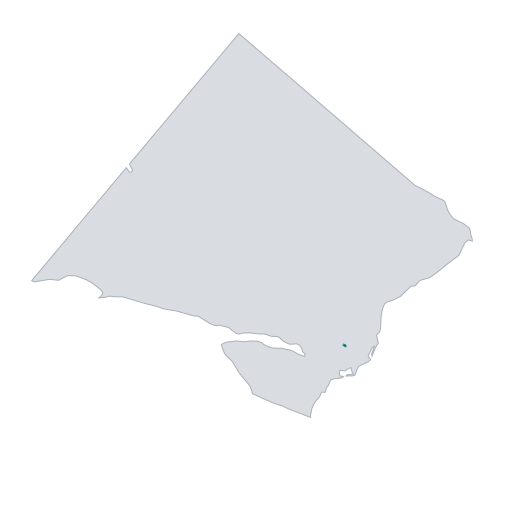 Mit Ghamr, Ad Daqahliyah, Egypt (highlighted), rotated 130°
{"feature_id": "37247803B10909701940084", "entity_name": "Mit Ghamr", "entity_type": "district", "adm_level": 2, "iso_a3": "EGY", "parent_name": "Egypt", "parent_adm1": "Ad Daqahliyah", "projection": "natural_earth1", "projection_center": [31.269, 30.712], "detail": "fine", "context": "in_parent", "style": "filled", "palette": "teal", "viewbox_px": 512, "rotation_deg": 130, "n_neighbors": 0, "source": "geoboundaries", "source_scale": "gbopen_adm2", "svg_char_len": 3544}
<svg xmlns="http://www.w3.org/2000/svg" viewBox="0 0 512 512"><g transform="rotate(130 256 256)"><path d="M419.1,412.0L410.2,412.0L401.3,412.0L392.4,412.0L383.5,412.0L374.6,412.0L365.7,412.0L356.8,412.1L347.9,412.1L339.0,412.1L330.1,412.1L321.2,412.1L312.3,412.1L303.4,412.1L294.5,412.1L285.6,412.1L276.7,412.1L271.7,412.1L272.5,409.2L273.1,407.2L272.5,405.8L270.7,405.4L269.6,405.8L267.0,411.9L265.6,412.1L262.4,412.1L252.0,412.1L241.7,412.1L231.3,412.1L221.0,412.1L210.6,412.1L200.2,412.1L189.9,412.1L179.5,412.1L169.2,412.1L158.8,412.1L148.4,412.1L138.1,412.1L127.7,412.1L117.4,412.1L107.0,412.1L96.7,412.1L96.7,404.8L96.8,397.6L96.9,390.3L97.0,383.1L97.1,375.8L97.2,368.6L97.2,361.3L97.3,354.1L97.4,346.8L97.5,339.5L97.6,332.3L97.7,325.0L97.8,317.8L97.9,310.5L98.0,303.3L98.1,296.0L98.2,288.8L98.3,281.5L98.4,274.2L98.5,267.0L98.6,259.7L98.7,252.5L98.8,245.2L98.9,237.9L99.0,230.7L99.1,223.4L99.2,216.2L99.3,208.9L99.4,201.6L99.5,194.4L99.6,187.1L99.7,179.9L99.5,178.5L98.1,173.6L96.9,167.3L95.6,159.6L95.4,157.1L93.1,149.1L92.9,146.9L93.5,145.3L97.7,138.6L98.9,135.4L100.0,131.5L100.4,128.3L99.3,123.5L98.0,119.1L97.6,114.6L97.5,110.3L99.6,107.3L102.1,104.5L103.0,102.7L104.5,100.8L105.5,99.9L107.4,103.8L111.6,104.5L125.1,101.0L140.0,104.5L148.2,105.9L160.8,108.9L168.5,114.2L170.6,114.9L176.2,114.8L179.8,117.9L194.3,119.4L202.0,122.9L206.4,125.7L209.0,126.6L211.3,126.4L214.5,125.4L218.4,123.4L222.8,120.7L231.7,113.7L234.9,112.5L237.0,112.8L239.5,112.7L240.6,110.8L241.9,109.5L242.7,108.1L244.1,106.3L248.7,105.8L258.1,102.8L257.0,104.2L248.5,107.6L252.1,108.0L255.9,106.9L260.1,106.1L260.9,104.7L261.4,102.0L262.3,101.6L265.2,102.1L273.9,106.3L276.1,106.3L282.3,104.1L283.6,103.6L285.6,104.8L290.1,110.0L288.5,109.9L283.7,105.5L283.2,107.7L280.5,111.6L283.9,113.3L286.7,113.9L288.3,116.1L289.2,118.1L292.0,117.2L294.0,114.6L292.9,113.1L292.2,111.6L293.1,111.5L295.1,112.8L300.6,117.8L302.5,118.9L304.7,118.7L309.1,117.3L310.4,117.5L316.4,115.6L317.1,117.0L318.1,118.3L323.0,116.8L330.6,116.9L336.9,115.2L344.1,111.2L344.7,110.6L345.0,111.6L345.9,114.3L348.2,121.2L350.2,126.6L352.6,134.1L353.3,137.0L353.7,139.0L357.2,147.2L359.2,154.0L360.8,159.5L362.9,167.5L363.9,170.3L362.4,171.8L359.5,177.0L356.4,193.6L352.0,206.5L351.5,214.6L350.8,217.5L348.7,221.7L346.1,225.7L341.4,223.6L333.7,216.5L329.3,209.8L324.5,205.5L320.0,199.7L318.7,195.6L318.8,192.9L316.8,186.4L315.3,183.4L309.8,176.5L308.2,172.8L307.0,171.2L305.8,168.9L303.8,159.9L301.6,154.2L299.2,155.8L299.6,158.2L297.5,161.5L296.2,165.3L297.2,168.5L301.7,173.2L302.6,175.3L303.6,179.8L303.5,186.0L304.2,188.1L307.6,192.6L308.8,195.3L309.5,197.7L310.6,199.8L314.0,203.8L318.8,211.3L323.4,216.4L326.7,218.9L328.1,221.4L328.4,227.7L328.2,230.8L331.1,236.5L332.2,239.4L335.0,241.7L336.3,244.4L337.5,248.8L339.3,261.7L341.8,264.9L349.4,281.9L355.8,292.7L358.9,300.7L363.7,310.5L373.0,332.0L378.5,338.6L380.8,342.3L384.7,345.2L389.1,349.4L385.0,349.0L383.9,349.2L382.5,349.9L381.8,352.4L381.6,354.5L382.2,365.4L383.3,370.9L387.0,381.4L389.7,384.5L391.1,386.6L392.9,388.1L401.5,391.6L406.6,399.2L417.9,408.8L419.1,411.4L419.1,412.0Z" fill="#d9dde1" stroke="#a8b0b8" stroke-width="1"/><path d="M267.3,131.2L267.5,131.0L267.8,131.0L267.9,131.3L268.0,131.4L268.0,131.2L268.1,130.9L268.0,130.7L268.0,130.4L267.9,130.4L267.8,130.2L267.7,130.2L267.7,129.9L267.8,129.7L267.7,129.6L267.6,129.3L267.3,129.6L267.2,129.6L266.9,129.8L266.8,130.0L266.8,130.3L266.9,130.5L267.0,130.5L267.1,130.8L267.2,131.0L267.3,131.0L267.3,131.2Z" fill="#14b8a6" stroke="#0f766e" stroke-width="1.5"/></g></svg>